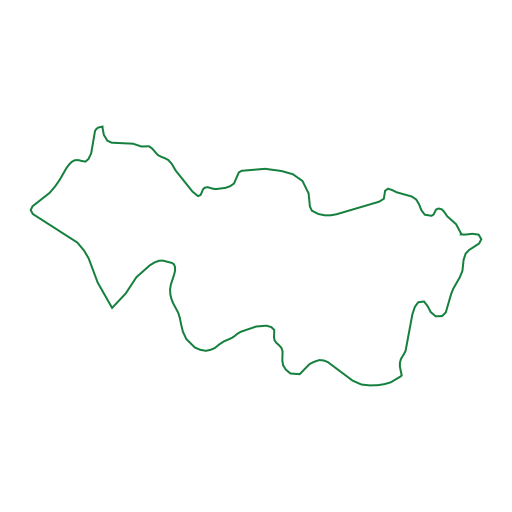 outline of Cao Bằng
{"feature_id": "VNM-511", "entity_name": "Cao Bằng", "entity_type": "Province", "adm_level": 1, "iso_a3": "VNM", "parent_name": "Vietnam", "parent_adm1": "", "projection": "natural_earth1", "projection_center": [106.073, 22.737], "detail": "fine", "context": "isolated", "style": "outline", "palette": "green", "viewbox_px": 512, "rotation_deg": 0, "n_neighbors": 0, "source": "natural_earth", "source_scale": "10m", "svg_char_len": 2192}
<svg xmlns="http://www.w3.org/2000/svg" viewBox="0 0 512 512"><path d="M102.5,126.6L102.6,128.4L103.9,135.0L107.4,140.7L111.7,142.7L133.0,143.7L141.4,146.5L149.0,146.3L152.1,148.5L157.8,155.0L161.4,156.9L164.9,158.2L168.3,160.0L171.6,163.7L171.7,163.8L175.7,170.6L192.5,191.6L198.0,196.1L200.5,195.0L201.8,192.4L202.9,189.5L204.6,187.7L207.8,187.2L212.9,188.7L215.8,189.1L225.3,187.9L230.2,186.2L234.0,183.5L238.8,172.5L241.6,170.8L265.1,168.8L281.4,171.0L292.8,174.2L302.5,181.0L308.6,193.4L309.9,206.5L311.9,210.7L318.4,214.0L324.7,215.3L330.6,215.3L336.4,214.3L379.1,201.7L383.8,198.8L385.1,190.8L388.0,188.7L392.0,190.0L396.7,192.3L411.7,196.5L416.2,199.5L419.2,204.6L421.4,210.3L424.8,214.7L431.5,215.8L433.6,214.5L436.0,209.6L438.7,208.5L441.9,209.4L444.0,211.6L447.2,216.3L456.1,224.2L461.0,233.5L460.8,234.4L465.2,234.6L472.2,233.8L478.6,234.6L481.3,239.2L479.1,243.5L469.2,249.9L465.7,253.5L463.6,259.8L462.4,271.0L459.7,277.5L453.3,288.6L451.1,294.1L445.8,312.4L442.1,316.1L435.7,316.3L430.8,312.2L427.6,306.1L424.0,301.5L418.2,302.3L414.9,306.8L412.4,314.2L405.6,350.7L404.2,353.6L400.9,359.0L399.9,362.9L399.9,366.7L401.7,375.4L400.7,376.4L390.8,382.3L384.6,384.1L377.8,385.2L369.7,385.4L361.4,384.5L352.7,380.7L327.7,362.0L323.4,360.4L319.2,360.1L313.9,361.9L309.5,364.1L299.7,374.2L290.4,373.5L285.8,369.6L283.1,365.2L282.3,360.4L282.6,351.6L281.5,348.0L279.2,345.4L276.3,342.8L274.5,340.2L274.0,336.9L274.2,333.6L274.2,329.9L271.3,327.1L266.5,325.7L256.2,326.5L240.7,331.8L237.1,334.0L234.3,336.3L231.5,338.1L223.9,341.4L219.4,344.3L214.7,348.1L210.3,349.9L205.8,350.8L200.2,349.8L194.7,347.4L186.3,339.0L182.9,331.7L181.1,324.4L179.9,318.2L178.2,312.7L173.1,303.2L171.4,298.9L170.3,294.1L170.1,289.2L170.9,284.4L174.1,274.7L175.1,270.5L175.0,267.0L174.0,264.4L172.1,263.0L162.9,260.6L159.3,260.7L154.6,262.4L149.7,265.4L136.4,277.2L125.7,293.5L112.1,307.9L97.7,282.6L88.7,258.5L84.2,250.8L77.4,242.6L32.8,214.0L30.7,210.1L32.5,206.3L49.7,192.8L55.2,186.3L59.8,179.7L66.1,168.6L68.9,164.7L71.8,161.8L74.9,160.2L78.4,160.1L81.8,161.0L85.4,161.6L88.5,159.0L91.2,153.3L95.0,131.0L96.0,129.4L97.2,128.3L98.4,127.5L102.5,126.6Z" fill="none" stroke="#15803d" stroke-width="2"/></svg>